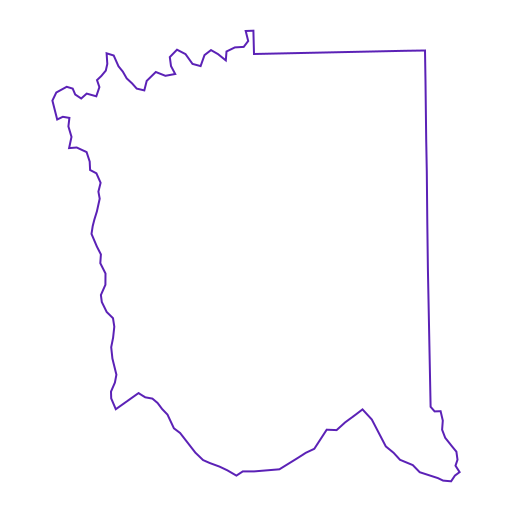 outline of Medianeira, Paraná, Brazil
{"feature_id": "56859067B12275728934529", "entity_name": "Medianeira", "entity_type": "district", "adm_level": 2, "iso_a3": "BRA", "parent_name": "Brazil", "parent_adm1": "Paraná", "projection": "robinson", "projection_center": [-54.121, -25.266], "detail": "fine", "context": "isolated", "style": "outline", "palette": "violet", "viewbox_px": 512, "rotation_deg": 0, "n_neighbors": 0, "source": "geoboundaries", "source_scale": "gbopen_adm2", "svg_char_len": 1638}
<svg xmlns="http://www.w3.org/2000/svg" viewBox="0 0 512 512"><path d="M69.1,148.1L76.7,147.5L86.6,152.1L89.7,161.6L90.1,170.0L96.4,173.3L100.6,182.8L98.4,191.6L99.7,198.7L96.9,211.4L94.3,219.8L92.7,226.1L91.5,233.9L96.9,246.6L100.9,254.4L100.3,263.2L105.5,273.5L105.4,284.8L100.9,295.0L101.8,302.0L106.7,312.0L113.0,318.2L114.3,326.7L113.1,337.7L111.2,347.2L112.4,358.5L116.4,374.7L114.9,382.6L111.0,391.6L111.2,398.4L115.8,409.2L138.5,393.1L145.2,397.3L152.4,398.6L157.6,403.0L162.1,409.0L167.5,414.6L173.9,428.3L180.1,433.0L195.4,452.7L203.1,460.1L209.7,463.0L219.5,466.6L227.3,470.3L236.4,475.6L242.8,471.4L254.2,471.4L279.4,469.3L296.9,458.5L305.8,452.8L314.3,448.8L326.7,429.7L336.6,430.1L345.1,422.4L356.1,414.3L362.5,409.4L371.8,419.5L385.8,446.4L393.6,452.8L400.0,459.8L412.8,465.1L419.7,472.2L437.9,478.1L443.1,480.6L451.1,481.3L454.9,475.6L459.6,472.1L455.5,465.7L457.5,459.7L456.4,451.7L451.8,446.1L445.2,437.8L442.1,429.7L442.8,420.6L440.6,411.2L434.6,411.4L430.6,406.8L427.9,268.9L427.3,222.7L426.8,171.8L426.2,139.8L425.5,81.9L425.0,50.5L404.9,50.8L254.0,54.0L253.4,30.7L245.7,31.0L248.2,41.0L243.7,46.9L234.9,47.4L226.5,51.5L225.8,60.4L218.0,54.1L211.0,50.1L204.5,55.1L200.6,66.1L192.5,63.9L185.5,54.1L177.0,49.7L169.8,57.1L171.0,66.1L175.2,74.0L165.4,75.8L155.8,72.0L146.7,80.9L144.3,90.4L136.7,88.6L132.1,83.4L126.7,78.4L122.8,71.6L118.5,66.3L113.7,55.5L106.6,53.3L107.3,63.9L105.8,70.6L101.3,76.0L97.0,80.1L99.4,87.1L96.3,96.3L86.7,93.6L81.2,98.5L75.2,94.5L72.7,88.6L66.7,86.8L56.3,92.5L52.4,100.6L57.2,119.5L62.8,116.8L69.4,117.9L68.4,126.4L71.5,136.9L69.1,148.1Z" fill="none" stroke="#5b21b6" stroke-width="2"/></svg>